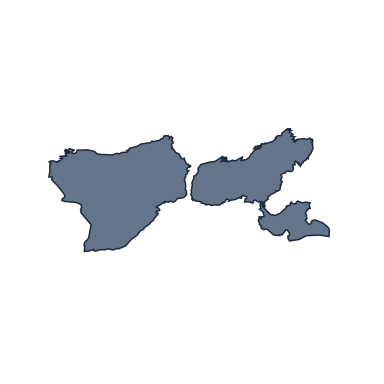 outline of Inderøy nor, Nord-Trøndelag, Norway, rotated 22°
{"feature_id": "86288312B4648926178288", "entity_name": "Inderøy nor", "entity_type": "district", "adm_level": 2, "iso_a3": "NOR", "parent_name": "Norway", "parent_adm1": "Nord-Trøndelag", "projection": "orthographic", "projection_center": [11.117, 63.848], "detail": "fine", "context": "isolated", "style": "filled", "palette": "slate", "viewbox_px": 384, "rotation_deg": 22, "n_neighbors": 0, "source": "geoboundaries", "source_scale": "gbopen_adm2", "svg_char_len": 6094}
<svg xmlns="http://www.w3.org/2000/svg" viewBox="0 0 384 384"><g transform="rotate(22 192 192)"><path d="M114.4,287.5L118.6,285.3L122.2,282.2L122.9,283.2L125.0,282.8L128.0,280.1L133.1,278.1L135.0,276.4L140.9,275.2L143.7,272.4L145.1,272.3L150.6,267.0L153.5,258.7L157.4,252.4L158.6,247.4L161.0,244.8L161.3,244.2L160.9,243.4L164.7,237.5L165.3,235.1L166.4,233.6L168.0,226.9L168.7,226.1L168.5,224.3L166.8,224.7L166.1,223.6L168.9,221.1L168.7,220.4L166.4,219.3L164.6,219.6L164.6,218.5L166.4,217.1L169.4,212.7L170.7,212.5L171.1,211.5L171.1,211.3L170.7,212.3L170.0,212.1L170.2,211.2L170.8,211.4L170.3,211.1L170.5,210.8L173.8,210.4L175.7,208.4L178.0,208.7L179.9,206.7L181.1,203.4L186.1,200.6L187.4,198.2L187.3,197.7L188.0,196.3L187.3,195.7L186.9,193.8L184.7,191.7L184.2,189.6L182.4,185.7L180.6,184.2L180.6,182.5L180.1,181.2L180.5,179.8L179.6,178.4L180.8,176.9L180.1,175.0L180.8,174.6L181.0,173.4L179.8,174.0L178.5,172.8L179.2,170.4L180.4,170.1L181.1,168.4L180.5,168.0L179.6,168.9L178.4,167.8L176.2,168.0L172.4,164.3L172.6,163.0L172.0,164.3L169.6,164.8L165.8,161.6L161.9,161.4L159.3,159.5L157.9,159.6L158.1,159.0L156.6,158.5L157.0,157.6L155.2,156.1L155.1,155.3L156.0,154.0L155.5,153.6L155.8,152.6L154.0,151.7L154.1,150.1L153.8,148.9L151.8,148.3L151.0,150.8L150.5,149.4L149.0,148.7L145.2,150.3L144.9,151.4L145.1,153.2L143.9,153.8L142.7,156.0L137.8,159.5L135.9,159.8L135.1,161.7L126.6,166.7L124.5,169.8L117.9,174.7L117.6,175.6L118.1,176.0L116.2,177.9L117.2,178.0L117.1,179.2L112.4,181.5L110.0,184.0L107.7,184.3L104.0,187.6L91.7,191.9L89.3,192.1L86.4,190.9L79.2,192.1L69.7,196.3L70.3,197.8L68.7,200.4L66.0,200.9L65.8,199.1L67.1,197.5L66.8,197.3L61.9,197.9L60.9,200.2L59.1,199.7L58.5,201.4L59.5,202.2L60.3,200.9L60.7,201.7L63.4,200.5L63.8,201.1L62.4,202.5L59.9,202.7L60.4,203.4L60.1,203.8L61.6,205.0L61.2,205.4L62.1,205.6L55.6,208.7L58.5,208.1L58.7,208.4L58.3,208.7L59.2,209.3L57.8,210.1L58.8,210.2L57.9,212.1L56.7,212.9L56.6,213.9L55.6,214.5L55.9,214.9L52.0,215.0L49.1,216.4L48.3,217.5L49.9,217.4L49.5,218.5L50.8,219.6L50.1,220.5L52.3,225.4L53.7,231.8L56.6,230.5L57.3,233.1L65.9,237.0L74.8,242.2L75.9,244.4L74.2,247.1L74.4,248.5L77.2,248.5L89.0,245.0L93.9,245.3L95.4,247.7L95.3,250.3L96.3,250.8L96.2,251.7L97.1,252.9L110.7,260.2L113.3,272.9L113.1,274.8L111.7,277.8L111.5,279.7L111.8,281.7L113.2,283.2L114.4,287.5ZM285.8,102.2L284.4,101.5L285.1,100.9L285.1,100.2L284.1,98.2L283.2,98.0L282.8,99.4L281.2,97.8L278.2,100.6L276.1,100.5L270.6,103.3L269.6,104.1L270.2,104.3L269.0,105.7L268.6,105.6L269.0,106.0L268.4,106.4L268.6,107.3L267.1,107.2L267.6,105.9L265.5,105.3L266.5,104.1L265.7,103.3L266.5,102.4L263.0,103.0L264.2,101.1L261.7,100.1L260.2,100.6L259.5,99.3L261.1,98.0L259.7,98.1L259.6,96.5L258.4,97.2L259.1,98.1L258.9,98.6L257.9,98.6L258.0,97.6L257.6,97.2L256.8,97.5L253.5,103.6L253.4,104.2L254.0,105.3L253.8,106.1L250.8,107.5L249.4,109.1L249.1,110.6L250.8,111.1L249.8,111.1L248.3,114.5L242.0,119.8L241.4,119.3L240.8,120.5L239.5,120.9L239.1,122.0L238.3,121.4L238.0,123.2L233.5,126.2L233.7,126.6L233.0,128.7L234.5,128.2L237.6,124.7L237.9,123.4L239.1,123.4L238.6,124.7L239.0,125.3L238.3,126.7L236.5,127.1L233.8,130.8L233.5,133.4L232.3,135.2L232.5,136.0L232.0,138.7L230.3,141.4L225.8,144.5L225.4,144.2L226.0,141.5L225.6,140.7L220.6,146.8L219.2,147.0L218.7,147.8L217.8,147.3L214.5,150.3L213.9,149.7L212.4,151.1L212.0,150.5L210.3,151.7L212.3,149.4L211.5,147.8L210.1,149.7L210.5,150.7L207.9,152.5L209.7,148.5L209.4,148.3L210.9,146.5L207.4,149.6L207.4,148.7L207.0,148.6L207.4,147.6L207.1,147.5L201.8,155.2L197.5,157.4L189.9,163.2L188.8,167.6L189.1,168.9L190.1,169.8L190.1,172.0L189.3,175.0L187.8,176.5L188.5,178.5L188.5,183.8L189.4,184.9L190.5,188.8L190.4,190.2L191.7,192.4L191.7,194.6L194.4,197.0L194.8,198.5L194.3,197.7L194.3,198.4L195.1,198.9L194.9,198.5L195.6,198.1L196.1,199.2L197.2,198.5L198.6,199.0L204.2,197.6L204.8,198.8L208.4,198.0L209.5,198.7L213.0,196.9L215.0,197.4L217.1,195.8L222.3,193.8L223.7,191.4L224.6,191.1L224.3,190.5L225.8,189.5L226.5,187.5L226.3,186.5L227.0,185.5L229.3,185.5L229.7,185.7L229.4,186.7L230.1,186.4L230.7,185.2L234.8,182.9L239.2,178.0L239.5,178.9L239.2,179.4L240.1,179.2L240.3,178.9L239.6,177.9L240.0,177.3L239.7,176.8L240.3,176.1L244.6,176.0L245.0,177.7L243.9,178.8L244.5,181.5L249.1,179.7L252.4,179.6L252.9,178.7L252.2,177.1L253.5,175.8L257.3,176.4L259.8,174.8L261.1,174.8L263.0,176.8L263.7,175.6L263.0,174.7L263.2,173.4L265.4,169.9L264.3,169.3L264.5,168.2L264.1,168.0L265.1,167.1L266.3,164.5L269.2,161.5L269.8,160.1L269.3,159.4L271.1,159.3L272.8,156.4L271.9,155.3L272.2,153.9L271.9,153.0L271.2,152.6L271.8,151.6L271.7,148.6L270.2,148.7L269.7,144.3L268.3,143.1L268.2,142.1L271.3,139.2L271.9,137.6L273.1,136.6L276.0,136.1L277.3,134.7L277.3,132.1L275.1,129.1L277.4,128.2L276.1,126.3L276.8,125.0L275.6,124.3L276.9,124.8L276.4,123.7L277.0,124.9L279.0,125.1L279.2,125.9L280.2,125.4L280.4,125.9L280.1,126.5L280.7,125.8L280.9,126.7L281.5,126.3L282.7,127.5L283.2,124.0L284.1,123.2L283.7,122.1L285.7,119.7L285.9,117.5L286.7,116.4L286.8,117.8L287.2,117.8L286.8,115.2L287.8,111.4L287.9,106.4L286.8,104.0L286.0,103.7L285.8,102.2ZM335.7,181.9L333.4,175.3L330.9,173.6L324.6,171.6L316.5,171.9L314.4,173.2L313.7,175.2L314.6,176.4L312.6,178.3L307.7,175.8L307.8,175.0L308.6,174.1L308.3,173.5L306.6,170.2L305.1,169.6L305.5,165.8L306.0,165.0L305.6,164.5L307.7,162.8L305.4,160.1L305.7,157.9L305.3,157.8L301.1,158.8L298.2,160.8L293.5,160.8L292.7,162.4L292.6,164.1L288.4,165.2L288.1,165.1L288.0,164.5L287.8,164.2L287.4,165.3L287.8,167.6L285.5,169.0L284.9,170.2L285.6,170.1L285.0,171.7L281.6,178.8L278.0,182.5L273.0,183.5L263.8,179.3L265.0,178.7L264.8,177.2L262.6,178.2L260.3,176.3L259.6,176.8L260.1,179.0L262.1,181.5L261.0,182.6L265.1,183.9L267.8,186.9L267.7,188.1L264.2,189.7L266.0,190.0L265.9,190.9L264.0,191.3L264.3,191.8L264.1,193.7L266.4,195.6L266.4,196.6L269.4,197.9L269.2,198.4L269.7,198.8L269.4,199.4L272.0,200.2L275.6,198.3L283.6,201.3L289.1,199.7L288.8,199.6L289.5,198.4L291.7,197.9L293.2,192.1L294.7,191.7L297.9,193.7L298.5,196.0L297.5,196.8L297.6,197.5L298.6,199.2L300.7,200.9L309.1,195.9L314.3,189.8L325.7,184.4L335.7,181.9Z" fill="#64748b" stroke="#1e293b" stroke-width="1.5"/></g></svg>